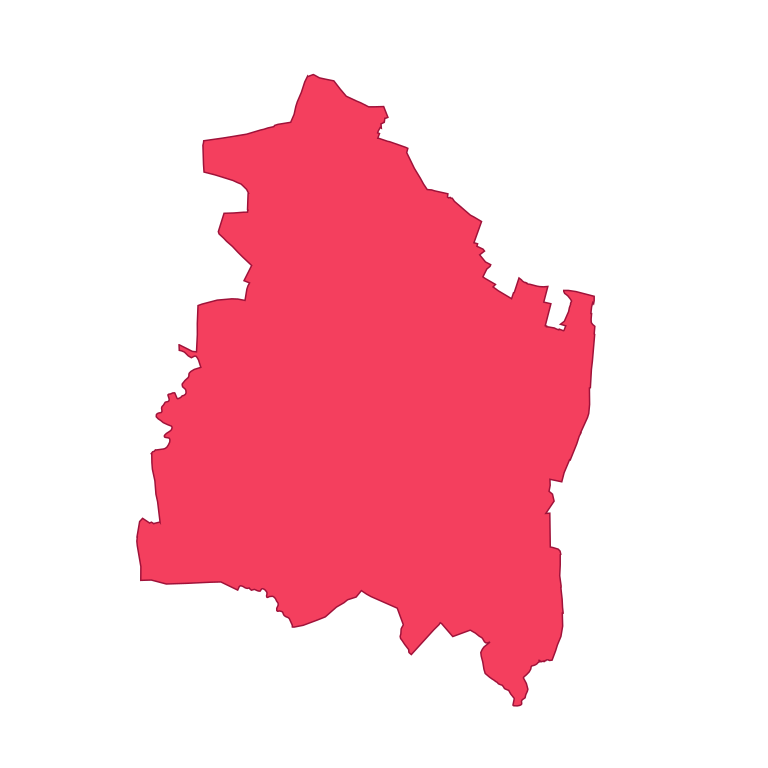 outline of Griškānu pag., Rezeknes, Latvia, rotated 110°
{"feature_id": "27541924B86599221750304", "entity_name": "Griškānu pag.", "entity_type": "district", "adm_level": 2, "iso_a3": "LVA", "parent_name": "Latvia", "parent_adm1": "Rezeknes", "projection": "mercator", "projection_center": [27.435, 56.489], "detail": "fine", "context": "isolated", "style": "filled", "palette": "rose", "viewbox_px": 768, "rotation_deg": 110, "n_neighbors": 0, "source": "geoboundaries", "source_scale": "gbopen_adm2", "svg_char_len": 6171}
<svg xmlns="http://www.w3.org/2000/svg" viewBox="0 0 768 768"><g transform="rotate(110 384 384)"><path d="M121.1,560.7L121.1,560.9L120.9,561.1L127.2,561.8L138.3,561.4L148.5,562.0L153.3,561.8L161.3,560.7L170.0,561.2L176.3,572.5L178.5,575.3L179.8,575.5L183.1,580.7L185.7,584.0L187.5,586.8L196.2,598.5L208.1,619.7L217.1,636.6L219.1,636.1L221.6,635.8L239.4,628.7L246.4,625.6L245.3,614.4L244.4,595.5L244.8,591.0L245.0,586.6L248.1,579.7L251.2,576.4L251.7,576.8L266.8,571.9L267.1,571.2L267.6,571.4L269.2,571.0L270.7,574.9L274.6,583.5L278.3,592.7L297.5,591.8L299.4,590.3L301.7,584.8L303.7,580.8L306.6,573.4L310.3,566.1L313.1,560.0L317.9,548.9L334.8,550.9L335.0,544.9L338.3,545.4L341.8,545.3L353.0,543.2L354.2,550.5L356.0,556.1L362.2,569.4L371.2,582.4L373.9,585.6L391.1,580.1L401.4,576.3L417.9,571.2L418.9,575.3L417.2,589.7L417.3,590.0L422.4,587.9L422.1,585.7L422.2,583.0L422.5,581.9L424.5,577.6L425.2,574.0L422.8,571.8L422.4,571.1L422.2,570.1L423.1,568.6L424.9,566.5L431.0,561.8L435.2,567.3L438.3,569.8L440.4,570.7L441.4,570.7L442.8,570.2L444.7,570.1L448.7,572.2L452.8,573.6L453.8,573.4L455.5,572.3L456.8,569.0L457.6,568.1L459.9,567.0L461.6,567.1L463.2,568.2L464.0,569.4L464.5,569.8L465.7,570.2L466.7,570.9L468.3,572.6L468.4,573.1L468.0,573.8L464.3,577.2L463.9,577.7L464.6,579.4L466.3,581.2L467.2,582.8L468.0,583.3L468.4,583.2L471.8,580.6L473.4,580.4L474.4,581.0L475.5,582.8L476.1,583.4L479.1,584.0L481.2,584.9L482.7,584.8L485.6,583.3L486.9,583.5L488.6,586.2L489.7,587.1L490.8,587.4L492.7,586.8L494.0,584.2L494.7,581.3L495.8,578.2L496.2,573.6L496.3,569.3L497.1,568.4L498.1,568.1L499.4,568.1L500.4,568.4L501.6,569.1L504.9,571.6L506.8,572.5L508.0,572.7L508.9,572.0L508.9,570.8L508.4,568.3L508.4,567.4L509.1,566.4L510.2,565.9L511.9,565.5L515.1,565.8L517.5,566.4L519.3,567.5L520.5,569.0L523.9,575.5L524.1,576.3L525.7,576.8L526.8,578.2L529.1,578.9L529.2,578.3L537.3,575.2L543.3,572.5L553.3,566.2L565.6,560.6L572.2,556.4L590.6,547.1L590.4,547.4L593.7,552.4L594.0,552.5L593.4,555.3L594.9,556.8L594.6,557.5L592.8,564.9L596.8,566.6L612.2,563.8L612.1,563.5L616.2,562.5L620.4,560.5L638.8,550.0L651.7,545.4L647.8,535.6L646.4,520.2L638.9,501.5L629.5,479.0L625.8,469.6L627.7,451.0L623.8,450.7L622.7,449.9L622.5,449.1L622.5,447.0L622.9,445.5L623.0,444.1L622.8,442.5L621.8,440.9L622.6,439.6L623.1,438.1L623.0,437.9L621.4,435.7L621.3,435.3L621.5,432.8L621.5,431.3L621.1,429.8L620.9,429.5L619.0,429.1L618.3,428.7L617.9,428.2L617.8,427.5L617.9,426.4L618.3,425.1L619.7,422.9L621.2,422.2L623.3,421.9L624.3,421.3L624.5,420.8L624.3,420.3L622.9,418.9L621.7,416.4L621.6,415.7L621.7,415.0L622.3,413.5L623.0,412.4L624.7,410.7L625.9,408.9L626.5,408.4L628.1,407.8L631.4,408.1L633.5,407.3L633.9,406.6L633.9,406.1L633.0,404.5L632.8,402.8L632.9,401.7L633.1,401.2L635.0,399.5L635.7,398.6L636.2,396.8L636.3,394.2L636.8,392.8L641.9,387.8L643.7,387.0L643.1,385.2L638.4,377.4L628.5,365.8L622.9,359.5L609.9,352.4L603.2,346.8L599.2,344.4L593.7,337.3L585.9,334.6L587.4,328.5L588.2,323.6L590.1,294.9L603.5,283.6L604.0,283.5L606.8,284.0L608.4,284.1L613.1,282.7L615.6,282.5L617.1,281.6L617.6,281.2L618.8,279.3L621.7,275.4L625.1,270.0L627.5,268.9L627.9,268.4L628.9,265.8L597.9,253.1L591.3,250.0L589.1,249.5L589.5,247.8L597.8,233.0L585.9,218.9L585.9,217.7L586.1,217.1L586.8,212.9L588.4,208.3L588.9,205.4L589.5,204.3L591.9,201.4L592.4,199.8L591.9,198.0L590.1,196.2L591.3,196.7L596.9,200.1L599.7,200.9L603.2,201.2L606.4,199.6L611.3,196.2L617.9,192.5L621.4,189.9L623.4,184.5L624.3,181.3L624.5,180.0L625.4,177.1L625.6,175.7L626.6,173.9L626.7,171.9L626.6,170.1L627.4,168.6L628.9,166.7L629.1,166.0L629.3,162.0L631.9,159.0L634.7,154.4L635.1,154.0L641.6,153.0L641.9,152.6L642.0,152.2L640.9,148.7L639.7,146.7L638.8,145.7L637.8,145.2L636.9,145.4L635.4,146.2L634.5,146.3L633.5,146.1L630.6,144.1L627.5,144.5L623.8,144.2L621.6,144.4L616.7,147.8L612.5,152.5L611.3,152.3L608.5,150.7L604.9,149.1L601.6,148.6L599.6,149.0L598.5,148.8L597.0,146.7L595.9,145.5L594.5,144.5L593.3,144.1L592.1,143.1L590.7,143.8L590.5,143.2L590.8,142.7L591.4,142.3L591.4,141.4L590.9,141.1L590.3,139.8L590.3,139.5L589.9,139.4L589.9,138.4L589.2,138.3L588.8,137.4L588.2,137.3L587.4,136.5L587.0,135.0L587.2,134.6L587.2,133.9L586.0,131.6L575.8,131.5L570.0,131.8L560.7,131.4L550.4,133.3L538.3,138.1L538.0,137.3L532.9,139.8L525.3,143.0L514.8,148.2L514.7,148.0L513.2,148.5L504.1,153.3L493.5,156.6L484.2,160.0L483.6,159.6L480.8,161.4L479.6,163.8L479.9,169.3L480.3,172.0L448.7,184.0L450.3,187.7L435.9,184.1L429.9,188.0L428.4,192.2L422.4,193.2L416.8,195.5L415.1,183.5L405.8,184.4L391.6,183.7L391.7,183.0L374.4,182.4L366.3,182.7L362.5,182.2L362.5,182.6L345.9,181.3L341.7,181.5L332.9,183.8L317.5,189.6L316.9,188.8L299.3,194.1L291.2,196.0L265.3,203.0L265.1,203.6L257.7,205.6L256.7,208.3L255.4,210.2L252.4,211.5L246.8,213.0L247.0,213.7L240.5,215.3L236.1,215.7L236.9,214.5L233.8,215.0L229.7,216.5L231.5,235.3L233.0,242.7L234.6,247.1L235.6,246.7L237.1,245.2L237.6,243.4L238.3,241.4L240.3,238.1L241.9,236.1L244.3,236.3L245.3,235.9L248.8,235.9L252.8,235.3L263.4,236.0L267.5,238.6L267.2,233.1L272.2,233.2L272.6,233.7L272.5,238.1L273.3,238.2L273.4,240.4L273.1,243.1L274.1,248.8L274.6,250.9L273.9,251.0L274.1,252.4L251.5,254.6L252.4,261.9L236.3,263.4L238.1,267.3L239.2,270.9L239.7,273.6L240.4,281.2L240.8,282.4L240.7,284.3L240.3,284.3L240.2,285.9L240.5,286.4L240.2,288.1L239.8,289.4L239.2,290.3L238.2,293.4L253.1,292.9L253.8,293.0L254.0,293.5L260.2,293.3L257.3,308.5L255.5,314.7L252.3,313.3L250.2,325.2L249.5,327.7L240.8,326.7L237.2,324.6L235.4,324.5L234.6,330.4L229.9,338.3L224.7,335.0L223.4,337.1L222.8,343.8L220.2,344.0L220.5,347.8L198.0,347.9L196.3,356.7L195.8,360.5L188.3,380.3L186.1,383.4L186.5,384.8L186.0,385.4L186.6,386.5L187.0,386.9L186.6,388.3L183.4,389.0L185.2,402.7L185.3,405.5L186.5,409.9L182.6,415.2L178.3,420.1L171.0,429.2L158.8,441.8L154.4,442.2L154.2,444.7L154.4,461.7L154.7,463.6L154.9,472.5L155.2,473.9L150.2,473.9L150.2,475.9L148.1,475.9L144.3,475.3L144.5,474.0L140.6,475.8L138.3,473.5L138.1,473.7L137.7,473.3L134.0,474.1L133.6,473.2L132.1,471.5L123.4,479.2L126.7,487.5L128.8,493.2L127.7,502.1L127.5,506.6L126.5,517.9L121.8,526.1L116.3,534.8L117.6,543.4L118.4,549.4L117.5,555.0L117.4,556.3L121.1,560.7Z" fill="#f43f5e" stroke="#9f1239" stroke-width="1.5"/></g></svg>